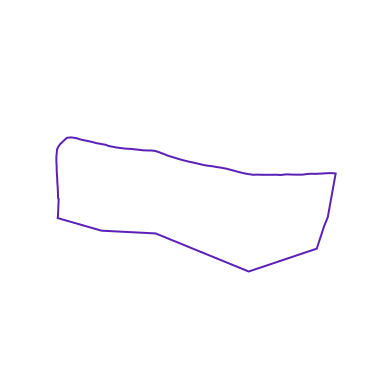 Anse De Sables/Beane Field, Vieux Fort, Saint Lucia (Robinson projection), rotated 219°
{"feature_id": "8701671B90786780806365", "entity_name": "Anse De Sables/Beane Field", "entity_type": "district", "adm_level": 2, "iso_a3": "LCA", "parent_name": "Saint Lucia", "parent_adm1": "Vieux Fort", "projection": "robinson", "projection_center": [-60.94, 13.732], "detail": "fine", "context": "isolated", "style": "outline", "palette": "violet", "viewbox_px": 384, "rotation_deg": 219, "n_neighbors": 0, "source": "geoboundaries", "source_scale": "gbopen_adm2", "svg_char_len": 1292}
<svg xmlns="http://www.w3.org/2000/svg" viewBox="0 0 384 384"><g transform="rotate(219 192 192)"><path d="M69.5,254.1L70.7,258.0L92.0,296.8L93.4,295.9L95.6,294.4L97.3,292.9L100.2,290.4L103.4,287.4L108.2,283.2L111.8,280.4L112.2,280.0L114.8,277.4L117.0,275.1L120.7,272.0L125.6,268.2L129.9,265.0L133.6,261.2L137.8,258.1L143.1,253.7L149.5,248.6L152.7,246.2L155.2,243.9L156.6,243.1L160.7,240.7L164.1,238.9L169.5,236.4L172.7,235.0L175.4,233.8L179.7,231.9L185.7,228.6L189.3,226.5L192.1,225.0L195.8,222.7L199.3,220.6L206.0,217.4L210.7,215.1L213.3,213.7L217.8,211.6L222.1,209.7L227.6,207.5L232.4,205.5L234.0,204.9L237.3,204.0L242.3,202.3L245.8,201.0L247.5,200.1L250.0,198.5L251.1,197.5L255.6,194.1L257.7,192.7L260.3,191.1L266.8,186.9L271.5,183.5L279.1,178.8L285.6,175.4L286.6,175.0L288.6,174.5L289.6,173.9L295.2,170.9L296.6,170.0L301.0,168.1L304.6,166.3L308.3,164.3L312.3,162.4L314.9,161.4L316.3,160.8L317.7,159.9L320.0,158.6L321.5,157.2L323.3,155.4L323.8,152.1L324.6,146.6L324.4,143.1L323.7,140.2L321.6,137.1L319.5,133.9L315.8,129.4L313.9,127.4L310.0,122.8L305.4,117.8L302.8,114.8L299.0,110.8L296.2,107.6L292.3,103.0L291.2,102.7L281.1,89.0L279.9,87.2L238.0,105.0L194.2,136.9L97.9,165.9L67.1,214.4L59.4,226.5L62.8,235.4L67.8,248.5L69.5,254.1Z" fill="none" stroke="#5b21b6" stroke-width="2"/></g></svg>